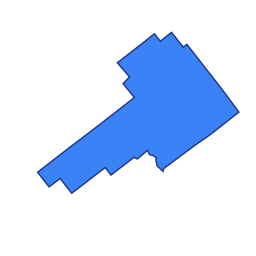 outline of Hot Spring, Arkansas, United States of America, rotated 321°
{"feature_id": "52423323B56069196588266", "entity_name": "Hot Spring", "entity_type": "district", "adm_level": 2, "iso_a3": "USA", "parent_name": "United States of America", "parent_adm1": "Arkansas", "projection": "albers", "projection_center": [-93.028, 34.328], "detail": "fine", "context": "isolated", "style": "filled", "palette": "blue", "viewbox_px": 256, "rotation_deg": 321, "n_neighbors": 0, "source": "geoboundaries", "source_scale": "gbopen_adm2", "svg_char_len": 617}
<svg xmlns="http://www.w3.org/2000/svg" viewBox="0 0 256 256"><g transform="rotate(321 128 128)"><path d="M29.9,105.6L29.6,124.1L43.5,124.5L43.2,143.3L44.7,143.3L71.4,144.0L85.4,144.4L85.1,153.8L114.3,154.6L115.8,157.9L129.1,157.6L128.0,162.4L130.1,165.0L131.4,168.7L129.6,170.4L126.8,175.7L127.9,183.7L130.3,182.0L168.6,183.5L188.0,184.9L224.2,185.4L225.4,156.5L226.4,100.1L221.8,99.9L222.0,81.1L207.7,80.9L207.8,71.4L197.9,71.3L193.2,71.3L170.2,70.8L160.8,70.6L161.3,89.2L152.1,90.4L152.1,108.3L107.6,107.5L77.1,106.6L72.4,106.4L35.1,105.6L29.9,105.6Z" fill="#3b82f6" stroke="#1e3a8a" stroke-width="1.5"/></g></svg>